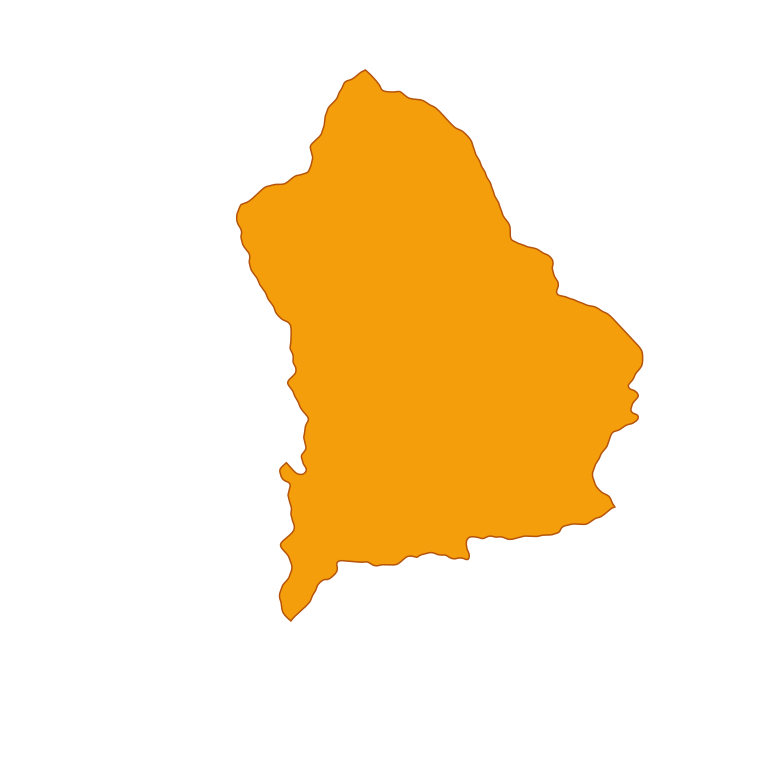 Bayaguana, Monte Plata, Dominican Republic (Robinson projection), rotated 137°
{"feature_id": "3306468B72895662483472", "entity_name": "Bayaguana", "entity_type": "district", "adm_level": 2, "iso_a3": "DOM", "parent_name": "Dominican Republic", "parent_adm1": "Monte Plata", "projection": "robinson", "projection_center": [-69.577, 18.816], "detail": "fine", "context": "isolated", "style": "filled", "palette": "amber", "viewbox_px": 768, "rotation_deg": 137, "n_neighbors": 0, "source": "geoboundaries", "source_scale": "gbopen_adm2", "svg_char_len": 6171}
<svg xmlns="http://www.w3.org/2000/svg" viewBox="0 0 768 768"><g transform="rotate(137 384 384)"><path d="M478.1,234.8L474.8,234.2L473.2,233.7L466.7,230.2L464.7,228.8L463.0,226.8L461.2,223.0L460.3,221.6L458.7,219.8L456.0,217.3L455.3,216.0L454.2,211.9L453.1,209.7L451.4,207.8L447.9,205.7L446.7,204.6L445.2,202.8L443.6,199.6L442.6,198.7L441.9,198.5L440.5,198.8L438.9,200.1L437.9,201.4L437.2,202.8L436.0,206.2L435.1,207.8L433.5,210.2L431.6,212.2L430.1,213.3L428.4,213.8L426.7,213.8L425.9,213.6L424.3,212.7L422.3,210.8L420.0,207.9L418.3,205.0L417.4,203.8L416.1,203.0L411.7,201.5L410.4,200.6L409.2,199.5L406.6,195.7L403.6,193.3L402.0,191.5L401.2,190.1L399.3,186.2L397.7,184.3L395.7,182.8L385.5,177.3L383.4,175.5L378.2,170.2L376.2,168.3L374.7,167.3L371.0,165.2L366.1,160.9L363.9,159.2L358.9,156.8L357.6,156.4L356.2,156.4L353.0,157.5L351.5,157.7L349.9,157.5L348.5,156.9L342.0,153.3L339.9,151.5L334.1,145.5L332.0,143.8L330.4,143.1L328.7,142.7L321.9,141.7L320.3,141.2L316.7,139.3L315.1,138.9L312.5,138.5L303.6,138.0L301.8,137.7L299.0,136.6L298.3,141.0L296.5,145.7L296.1,148.2L296.6,150.7L298.1,154.5L298.6,156.3L298.9,160.1L298.7,163.9L298.0,166.6L294.8,173.6L293.8,175.0L292.1,176.8L290.6,177.6L284.1,181.0L277.6,182.7L273.2,184.7L270.7,185.3L265.5,185.9L263.0,186.5L253.1,191.8L250.8,192.6L248.4,192.4L244.2,190.4L242.6,189.9L236.6,189.0L234.9,188.6L233.3,188.0L229.8,186.0L228.1,185.5L224.8,185.0L223.2,185.1L221.7,185.5L220.5,186.5L220.1,187.2L220.0,188.0L220.1,189.4L221.6,192.5L221.9,193.9L221.8,195.4L221.1,196.7L220.0,197.6L216.0,200.0L213.6,200.6L207.9,201.1L206.5,201.7L205.9,202.2L205.5,202.9L205.0,204.5L205.1,207.0L205.5,208.7L207.2,211.9L207.5,213.4L207.3,214.9L206.9,215.6L206.4,216.2L205.8,216.6L204.4,216.9L200.4,217.3L197.9,217.8L194.3,219.4L192.6,220.0L186.1,220.8L183.3,221.5L180.9,223.0L178.7,224.9L175.4,228.5L173.7,230.9L172.8,232.7L172.2,235.7L172.0,238.9L172.0,276.3L172.2,279.5L172.6,282.6L173.1,284.3L174.8,288.2L176.0,293.6L177.0,296.2L177.9,297.8L181.3,302.4L182.2,304.0L183.6,307.4L185.9,311.9L187.6,316.1L189.8,319.8L191.8,324.0L195.4,329.2L195.9,330.6L195.9,331.4L195.8,332.1L195.1,333.5L194.0,334.5L190.0,336.6L188.8,337.7L187.8,339.0L187.1,340.5L186.0,346.1L185.1,348.4L182.7,352.8L181.9,354.0L181.3,354.5L178.3,356.7L176.8,358.6L176.2,360.2L176.0,361.1L175.8,363.0L175.9,364.9L176.3,366.7L178.3,371.3L179.6,376.7L180.2,378.5L181.5,380.9L185.4,386.3L186.2,388.0L187.3,390.5L189.7,394.9L192.1,401.1L192.3,402.6L191.8,404.3L190.9,405.8L185.9,411.5L184.7,413.1L183.8,414.8L183.1,417.6L182.6,423.2L182.1,426.0L180.0,430.6L178.7,433.9L176.5,438.5L175.1,444.8L174.6,446.5L172.7,450.3L171.4,453.6L169.2,458.2L168.7,460.0L167.9,464.5L167.3,466.2L165.6,470.1L164.3,476.4L162.0,481.9L160.4,489.1L154.6,501.6L154.0,504.4L153.8,507.3L153.8,511.1L154.2,515.0L155.0,517.6L156.7,521.4L157.2,523.3L157.4,525.3L157.6,530.3L157.5,545.6L157.9,550.6L158.6,553.2L160.2,557.1L161.7,563.4L162.4,565.1L163.4,566.8L169.2,573.6L170.8,576.1L171.6,578.8L172.4,585.0L172.8,586.6L173.2,587.3L174.3,588.4L177.7,590.9L181.2,594.3L183.6,597.2L184.8,599.6L184.9,601.2L183.5,605.7L183.0,610.6L182.9,619.0L183.4,626.3L186.8,627.4L188.6,627.8L196.2,628.3L198.9,628.7L200.7,629.2L204.1,630.9L206.5,631.4L208.1,631.2L213.1,629.0L218.0,627.7L222.3,625.6L224.0,625.0L226.7,624.6L234.3,624.3L237.0,623.7L244.3,619.9L246.4,618.2L251.3,614.0L259.3,609.6L261.1,609.2L262.9,609.0L272.2,608.9L273.9,608.7L275.5,608.1L276.2,607.7L277.1,606.5L281.3,598.9L282.3,597.7L288.2,593.7L293.2,591.4L294.6,591.0L296.0,591.0L297.3,591.5L302.3,593.9L305.7,596.0L307.3,596.6L310.1,597.1L317.6,597.6L320.3,598.3L322.6,599.8L326.7,603.5L328.2,604.6L334.7,608.2L336.3,608.9L338.1,609.2L340.8,609.4L353.0,609.4L357.6,609.7L360.3,610.3L366.0,612.7L368.3,612.1L374.8,609.0L376.3,608.0L379.0,605.4L380.1,603.9L381.1,602.2L382.0,599.6L382.7,596.1L383.6,593.6L385.0,591.7L388.0,589.4L389.0,588.2L392.1,582.5L392.8,579.7L393.5,572.6L393.7,571.6L394.4,569.9L395.9,568.0L398.8,565.7L399.8,564.6L402.2,560.4L403.3,558.1L403.9,555.1L404.7,547.9L407.1,541.2L408.3,532.1L408.8,530.3L410.4,526.4L410.9,524.5L411.6,518.3L411.9,516.3L412.5,514.5L414.2,510.7L414.6,508.7L414.8,505.6L414.5,501.4L414.0,499.5L412.4,495.8L412.0,494.1L412.0,492.3L412.5,490.5L414.1,488.0L417.4,484.3L423.1,478.6L427.1,475.3L428.2,474.3L428.9,472.9L430.1,468.9L430.7,467.4L432.1,465.5L435.3,462.4L436.0,461.0L437.4,456.2L438.8,454.2L440.7,452.7L442.5,452.2L444.3,452.0L449.7,451.9L451.4,451.7L452.9,451.1L453.6,450.6L454.1,449.9L454.4,449.1L454.8,447.3L455.3,442.5L455.7,440.5L457.6,435.8L459.0,429.5L460.9,424.7L461.4,422.9L461.8,419.9L462.1,413.0L462.5,411.3L463.3,409.8L464.5,408.9L468.1,407.7L470.4,406.6L476.0,402.0L478.6,400.1L479.6,398.9L483.9,391.4L484.9,390.2L485.6,389.8L487.1,389.2L492.1,388.4L493.6,387.6L494.5,386.4L497.1,381.4L497.6,379.8L498.2,376.5L498.7,375.0L499.8,373.8L501.3,373.2L502.9,373.0L504.5,373.3L505.3,373.6L507.2,375.2L508.6,377.4L509.1,379.4L509.3,382.4L509.1,393.0L513.6,393.1L516.1,393.0L517.7,392.7L519.1,391.9L519.7,391.3L520.5,390.0L522.3,386.5L522.9,384.0L522.7,381.4L521.0,377.3L520.9,375.7L521.4,374.3L522.4,373.2L529.2,368.8L530.3,367.7L533.5,362.0L535.7,357.3L537.2,355.4L540.1,353.0L541.1,351.9L544.2,346.2L545.9,342.2L547.4,340.2L549.4,338.7L552.0,338.0L555.8,337.8L565.1,338.2L567.5,337.9L569.0,337.3L570.1,336.0L570.7,334.3L570.9,332.5L571.0,325.5L571.5,322.6L574.9,314.6L576.4,312.6L578.3,311.0L585.5,307.3L588.0,306.7L594.1,306.2L596.5,305.4L603.0,302.0L604.9,300.4L606.4,298.4L608.3,294.4L612.1,289.1L613.4,286.6L613.9,284.7L614.2,281.9L614.1,278.0L613.7,274.2L610.4,274.7L607.4,274.9L592.3,274.8L587.4,275.2L585.5,275.7L580.4,278.1L574.7,279.7L570.4,281.9L568.7,282.3L567.1,282.5L564.5,282.5L562.1,282.1L560.8,281.5L558.8,279.7L556.8,278.8L553.4,278.4L549.0,278.5L546.5,279.1L545.1,279.9L543.4,281.5L541.5,284.5L540.9,284.9L539.6,285.5L538.1,285.4L536.6,284.6L535.2,283.5L523.9,271.0L521.2,268.3L518.6,266.3L517.6,265.2L516.9,263.8L515.5,259.0L514.7,257.6L513.6,256.3L512.4,255.3L509.5,253.7L508.1,252.6L500.1,244.9L497.9,243.5L496.2,242.9L493.6,242.6L487.5,242.4L485.8,242.2L484.1,241.6L482.7,240.7L481.5,239.6L480.4,238.2L478.1,234.8Z" fill="#f59e0b" stroke="#b45309" stroke-width="1.5"/></g></svg>